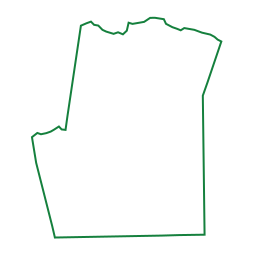 Santa Maria, Rio Grande do Norte, Brazil, rotated 178°
{"feature_id": "56859067B38778950588818", "entity_name": "Santa Maria", "entity_type": "district", "adm_level": 2, "iso_a3": "BRA", "parent_name": "Brazil", "parent_adm1": "Rio Grande do Norte", "projection": "robinson", "projection_center": [-35.718, -5.794], "detail": "fine", "context": "isolated", "style": "outline", "palette": "green", "viewbox_px": 256, "rotation_deg": 178, "n_neighbors": 0, "source": "geoboundaries", "source_scale": "gbopen_adm2", "svg_char_len": 727}
<svg xmlns="http://www.w3.org/2000/svg" viewBox="0 0 256 256"><g transform="rotate(178 128 128)"><path d="M55.2,18.7L52.1,157.7L47.0,170.7L31.7,211.2L35.3,213.2L38.4,216.1L42.5,218.5L50.7,220.7L58.3,223.8L68.3,225.9L71.9,223.8L75.7,225.5L80.1,227.2L86.4,230.8L88.4,235.5L97.2,237.2L102.0,237.3L108.2,233.5L115.4,232.5L119.9,231.9L123.7,233.2L125.8,225.3L129.8,221.8L134.6,224.0L139.1,222.6L146.4,225.1L150.1,227.0L154.1,231.4L158.3,232.3L161.3,235.6L165.9,234.1L171.5,231.9L188.2,141.4L190.5,128.3L194.4,128.9L197.0,131.9L202.2,128.8L205.4,127.1L209.9,125.7L215.2,124.8L218.8,126.2L224.3,122.2L221.0,96.4L207.2,32.8L206.4,28.8L204.9,21.1L98.1,19.3L80.8,19.2L55.2,18.7Z" fill="none" stroke="#15803d" stroke-width="2"/></g></svg>